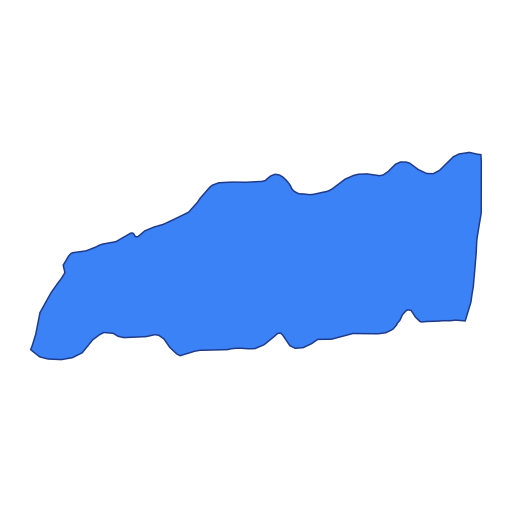 Cunén, Quiché, Guatemala (Equal Earth projection)
{"feature_id": "79465075B6309522429005", "entity_name": "Cunén", "entity_type": "district", "adm_level": 2, "iso_a3": "GTM", "parent_name": "Guatemala", "parent_adm1": "Quiché", "projection": "equal_earth", "projection_center": [-91.026, 15.371], "detail": "fine", "context": "isolated", "style": "filled", "palette": "blue", "viewbox_px": 512, "rotation_deg": 0, "n_neighbors": 0, "source": "geoboundaries", "source_scale": "gbopen_adm2", "svg_char_len": 2014}
<svg xmlns="http://www.w3.org/2000/svg" viewBox="0 0 512 512"><path d="M30.7,349.6L32.8,351.4L39.8,356.9L48.1,359.0L61.3,359.6L72.3,357.7L82.2,352.8L92.6,339.9L99.8,334.5L104.0,332.5L113.2,333.3L118.1,336.3L123.8,337.6L146.2,336.6L154.6,334.7L158.7,335.2L164.1,339.1L169.8,347.4L176.7,353.9L180.1,355.7L195.1,351.1L200.0,350.3L227.7,349.6L231.0,348.8L235.4,348.3L240.5,348.2L249.0,348.8L255.0,348.6L264.1,344.7L267.8,341.7L274.9,335.9L277.5,333.5L280.4,333.0L282.5,334.8L289.9,345.7L295.3,348.3L303.4,347.6L305.3,346.6L311.7,343.6L317.7,339.4L331.5,339.2L352.9,333.5L378.1,333.8L385.9,332.7L390.8,330.3L393.1,329.0L396.9,324.6L397.0,323.6L399.9,320.3L402.5,314.6L406.3,310.5L407.9,309.8L411.2,310.5L415.6,317.3L420.1,321.6L421.7,322.0L426.5,321.5L438.9,321.1L442.6,320.7L450.6,320.7L455.5,320.1L465.2,320.9L469.1,308.1L470.9,302.2L472.1,293.6L473.3,286.6L474.4,274.1L476.2,252.8L476.7,241.2L477.3,236.6L479.0,226.1L481.2,213.0L481.3,161.5L480.9,154.6L477.8,154.3L469.3,152.4L459.0,154.0L453.4,156.7L439.6,170.3L433.2,173.7L426.6,173.5L418.3,169.6L409.9,163.3L406.4,162.1L400.4,162.0L395.4,164.3L388.1,171.6L386.3,172.8L383.3,174.9L379.7,175.7L366.9,173.9L358.7,174.2L353.9,175.3L345.0,179.2L344.2,179.8L332.5,188.7L329.3,190.5L326.7,191.5L322.2,192.4L313.7,194.3L309.5,194.7L303.8,194.0L298.9,193.8L295.7,192.2L294.0,191.2L291.9,188.9L290.4,185.7L289.2,183.9L286.4,180.4L282.8,177.0L279.4,175.0L276.7,174.5L275.0,174.3L272.3,175.3L270.3,176.2L267.9,178.2L265.2,180.6L262.1,181.4L245.8,182.3L233.3,182.1L227.4,182.3L218.7,182.8L212.5,185.1L211.5,185.9L210.1,186.9L200.2,198.2L197.2,202.7L195.4,204.6L188.7,212.1L180.1,216.4L163.5,224.3L154.1,227.0L144.9,230.8L137.9,236.7L136.4,236.8L135.1,236.4L134.2,234.5L133.1,233.3L132.1,233.0L131.0,233.0L115.8,241.7L102.5,244.1L98.9,245.4L95.9,247.0L85.9,250.9L72.8,252.7L71.2,253.4L70.0,254.5L68.5,256.2L65.9,260.7L63.2,265.1L64.9,272.7L61.5,278.3L57.4,283.7L51.0,292.8L40.0,312.6L35.7,334.4L32.3,345.4L30.7,349.6Z" fill="#3b82f6" stroke="#1e3a8a" stroke-width="1.5"/></svg>